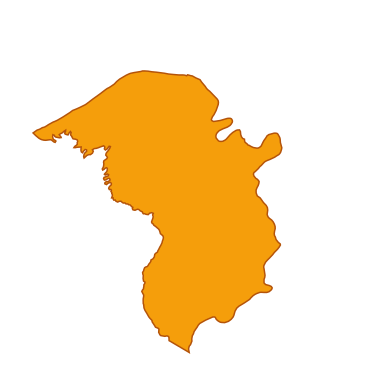 the district of Vitória do Jari, Amapá, Brazil, rotated 238°
{"feature_id": "56859067B90062016450461", "entity_name": "Vitória do Jari", "entity_type": "district", "adm_level": 2, "iso_a3": "BRA", "parent_name": "Brazil", "parent_adm1": "Amapá", "projection": "equal_earth", "projection_center": [-52.026, -1.016], "detail": "fine", "context": "isolated", "style": "filled", "palette": "amber", "viewbox_px": 384, "rotation_deg": 238, "n_neighbors": 0, "source": "geoboundaries", "source_scale": "gbopen_adm2", "svg_char_len": 6049}
<svg xmlns="http://www.w3.org/2000/svg" viewBox="0 0 384 384"><g transform="rotate(238 192 192)"><path d="M293.7,250.4L293.4,249.1L294.9,247.8L295.8,246.7L298.2,242.9L301.8,238.1L304.5,234.6L307.2,231.7L312.3,225.5L315.2,221.7L317.8,218.7L319.6,216.2L320.9,214.1L321.3,212.5L324.0,206.1L325.2,202.8L325.5,201.4L325.9,198.2L326.1,190.5L325.6,186.7L324.7,183.3L324.5,178.8L324.5,176.8L324.7,175.1L324.6,172.9L323.9,165.5L323.4,157.5L322.6,149.0L322.6,147.4L323.2,141.4L323.7,137.8L324.4,133.9L324.1,130.7L324.0,121.8L324.2,115.7L324.6,112.7L324.9,111.3L325.2,105.7L325.1,104.2L325.2,101.3L325.9,99.1L325.9,97.5L326.0,96.0L326.6,93.4L326.3,88.5L322.6,89.4L318.9,90.6L317.3,91.4L316.0,92.3L314.5,93.8L313.4,95.3L311.5,99.4L310.7,100.3L307.6,101.4L306.6,102.2L307.3,103.6L308.6,103.2L310.0,102.3L311.8,102.7L312.9,103.2L314.3,104.4L313.1,105.3L311.9,105.1L310.7,105.6L310.0,106.4L308.2,108.3L307.5,109.9L308.6,110.1L309.8,109.8L311.0,109.8L311.1,111.3L310.9,113.3L311.3,115.3L311.4,117.6L310.3,116.8L309.5,115.2L308.4,115.1L307.2,116.0L306.1,117.1L307.3,119.2L307.7,121.0L306.4,121.0L305.4,119.7L304.3,119.3L303.2,119.5L301.6,119.3L300.1,119.3L299.3,120.2L298.4,121.3L296.9,122.3L295.5,121.9L294.6,120.7L293.2,120.0L292.9,118.3L292.8,116.6L292.2,115.4L291.4,116.6L290.9,118.1L288.9,121.9L287.4,120.7L286.0,119.8L284.6,119.4L283.3,119.9L284.2,122.0L284.7,123.9L283.7,124.9L282.4,124.3L281.7,121.2L280.8,120.1L279.3,118.8L278.0,118.5L278.7,122.3L278.4,124.2L277.5,125.7L277.7,128.2L278.9,129.9L280.6,129.9L280.6,132.1L279.7,134.0L279.1,136.4L278.8,138.1L278.0,141.6L276.3,141.9L275.0,140.5L273.5,140.8L273.5,143.0L274.2,144.5L274.7,146.0L273.8,146.9L272.9,145.8L272.1,144.3L271.4,142.6L270.9,141.1L270.3,139.7L269.0,138.4L267.5,138.6L266.1,138.6L265.4,137.4L265.3,135.8L265.2,133.9L264.2,132.8L262.7,132.2L261.8,131.5L260.9,130.8L260.0,129.8L259.1,128.1L257.9,127.9L257.8,129.5L258.2,131.1L257.8,132.5L256.7,132.6L255.5,131.7L254.5,130.5L254.0,128.6L253.5,127.1L252.4,127.4L252.1,129.8L250.9,130.5L250.1,129.6L250.5,127.6L251.0,125.1L250.1,124.0L248.5,124.0L247.9,125.4L248.0,127.9L247.4,129.0L246.3,129.2L245.3,128.4L245.4,126.3L246.2,124.6L246.1,123.2L245.2,122.4L243.6,123.4L243.9,125.6L243.4,127.8L242.1,128.2L240.9,127.4L240.6,125.8L240.0,124.1L239.1,123.2L237.8,123.2L237.2,124.5L236.2,124.6L235.3,123.5L234.1,123.7L233.2,123.1L232.1,123.1L230.9,122.4L229.6,120.7L228.7,122.0L227.8,121.4L226.5,121.4L225.8,122.7L224.4,122.6L222.8,123.7L222.7,125.3L221.8,126.9L220.8,127.1L219.1,127.8L218.3,129.3L216.9,129.7L215.8,131.3L214.8,131.5L213.8,132.7L212.8,133.0L211.8,132.9L210.4,133.7L209.5,132.6L208.1,132.5L206.7,134.0L206.5,135.5L206.2,136.8L205.2,137.7L203.5,138.1L201.4,139.4L200.4,139.1L199.3,139.2L198.7,140.3L197.4,141.2L196.0,142.9L196.5,144.8L195.8,146.9L194.4,147.9L193.5,146.5L191.7,146.0L190.5,144.9L189.5,143.6L188.0,141.8L186.4,141.6L185.3,142.2L184.1,142.0L181.7,143.0L180.6,143.3L178.4,144.0L177.0,144.1L174.6,143.5L173.4,143.1L172.1,143.6L170.8,143.9L169.8,144.1L168.4,143.5L167.2,142.4L166.0,140.8L165.0,139.9L164.0,138.4L163.1,137.0L162.4,135.6L160.9,133.2L160.3,132.0L159.3,130.8L159.3,129.0L158.9,127.4L157.8,126.4L156.9,125.6L156.0,123.4L156.1,121.2L154.9,120.2L154.1,118.4L153.7,117.1L152.9,115.8L152.5,114.5L152.9,113.2L152.9,111.7L151.9,110.3L150.8,109.2L150.0,107.5L148.5,106.8L147.1,106.5L144.6,104.7L142.1,103.7L140.5,104.4L139.5,103.5L138.8,102.0L137.5,101.2L136.6,100.3L135.6,99.5L135.0,97.8L134.2,96.7L132.9,96.6L130.2,96.4L128.9,95.5L127.4,94.1L125.9,93.1L124.5,92.3L123.4,91.6L122.1,91.3L120.6,90.6L119.2,89.9L117.8,89.6L116.4,89.4L114.3,89.4L113.2,89.4L108.9,89.2L107.2,89.4L104.3,90.0L103.0,89.4L98.5,89.5L96.7,89.4L94.5,91.0L93.2,91.3L90.7,89.4L88.0,89.1L86.8,89.4L84.0,92.5L83.3,94.4L82.5,95.2L81.1,95.5L78.1,93.8L57.4,104.6L60.2,105.7L61.3,106.4L62.8,108.1L63.3,109.8L65.6,112.9L67.6,114.0L69.9,116.1L71.0,118.1L72.5,119.8L73.6,122.2L74.7,124.8L75.7,126.6L76.4,128.9L76.3,131.5L76.1,135.8L75.0,143.4L73.9,145.1L72.8,145.3L71.2,145.1L69.3,145.6L67.8,146.3L66.6,147.0L65.7,148.0L64.9,149.1L63.9,150.5L63.0,154.3L63.1,156.0L63.3,157.9L64.2,160.6L65.2,162.1L68.1,165.3L69.8,168.4L70.3,171.3L70.2,177.4L70.4,184.0L71.0,185.7L71.7,188.8L71.8,191.3L71.6,193.2L70.9,196.4L70.2,197.7L68.9,199.5L67.2,202.2L66.6,204.5L66.9,207.0L67.4,208.3L68.2,209.2L69.8,209.2L71.6,208.1L74.5,205.4L76.7,204.9L79.6,206.7L81.2,208.6L82.7,209.8L88.7,212.4L89.9,212.8L91.4,213.8L93.5,217.2L94.3,219.9L94.9,222.6L96.1,227.2L97.1,229.8L98.1,234.1L99.1,236.8L100.2,238.9L101.3,239.3L103.5,238.5L107.2,238.1L109.6,238.8L111.4,238.9L113.2,239.7L115.3,241.5L116.8,243.1L118.7,244.2L121.0,244.8L123.7,245.0L126.0,244.7L128.9,243.6L130.8,243.3L133.1,243.8L136.5,246.6L138.9,247.7L141.4,247.8L145.2,247.0L150.8,246.7L154.0,245.3L155.8,245.6L157.4,246.0L159.7,247.4L161.2,249.4L162.4,251.5L163.7,253.1L165.2,254.4L166.5,254.5L168.6,254.0L169.6,253.4L172.7,253.0L174.7,253.6L175.7,254.9L175.8,256.4L176.7,260.6L177.6,263.1L177.8,264.8L178.9,268.8L179.1,270.4L178.8,272.8L178.3,275.4L177.7,280.6L177.8,282.9L177.7,285.5L178.1,286.9L178.8,288.3L180.8,290.6L181.9,291.6L186.9,293.1L190.2,294.8L191.8,295.3L195.4,295.5L196.4,295.3L197.3,294.5L198.4,292.8L200.0,287.5L199.8,285.2L199.0,283.8L197.5,280.2L196.6,278.6L194.4,275.1L194.1,273.6L194.1,271.8L194.7,270.4L197.2,267.6L199.8,265.9L201.0,265.4L202.1,264.4L203.3,264.3L206.0,263.4L207.1,263.5L209.0,264.5L210.5,263.4L212.4,263.2L214.8,263.7L217.6,265.1L219.5,265.2L220.6,263.2L220.9,261.8L220.9,258.1L220.3,254.5L218.7,249.2L218.5,247.8L218.7,245.0L219.5,243.4L220.5,242.1L221.5,241.5L225.1,241.1L226.9,241.9L228.4,243.6L229.0,245.1L229.6,247.6L229.2,251.7L228.3,256.4L228.3,259.5L228.8,261.2L229.8,263.1L230.7,263.9L231.8,264.2L233.1,264.2L234.0,263.7L234.9,262.5L235.7,260.9L237.7,253.8L239.7,249.1L240.5,247.5L242.2,246.6L243.3,246.9L244.9,249.1L246.0,251.7L248.3,255.6L252.3,260.6L254.1,262.0L255.7,262.6L257.5,262.6L268.0,260.4L270.6,259.5L272.5,259.2L274.4,259.2L280.0,258.4L283.0,258.3L286.6,255.8L290.2,253.8L291.6,252.3L293.7,250.4Z" fill="#f59e0b" stroke="#b45309" stroke-width="1.5"/></g></svg>